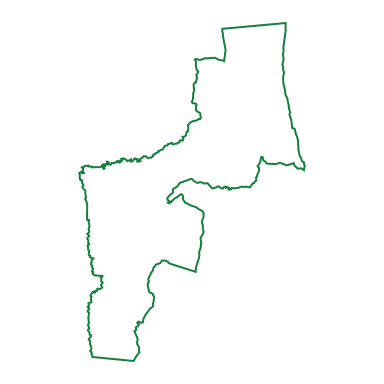 the district of Kitui Central, Eastern, Kenya
{"feature_id": "3690345B15839480546324", "entity_name": "Kitui Central", "entity_type": "district", "adm_level": 2, "iso_a3": "KEN", "parent_name": "Kenya", "parent_adm1": "Eastern", "projection": "mercator", "projection_center": [38.003, -1.387], "detail": "fine", "context": "isolated", "style": "outline", "palette": "green", "viewbox_px": 384, "rotation_deg": 0, "n_neighbors": 0, "source": "geoboundaries", "source_scale": "gbopen_adm2", "svg_char_len": 5942}
<svg xmlns="http://www.w3.org/2000/svg" viewBox="0 0 384 384"><path d="M203.5,231.1L202.8,229.1L202.9,225.3L201.9,222.8L202.2,220.4L203.5,217.3L203.6,213.8L203.3,212.2L202.4,211.1L198.5,209.0L196.1,207.2L191.0,205.5L185.2,202.6L183.0,199.4L182.9,195.7L182.2,194.8L180.9,194.1L177.8,196.7L174.4,198.6L170.5,202.6L169.2,203.3L168.5,203.3L167.9,202.7L169.2,202.1L169.6,201.3L167.5,199.8L167.3,198.1L170.0,194.9L172.7,193.0L173.0,192.2L172.9,189.7L173.3,188.9L176.9,186.8L178.4,185.3L179.6,183.0L191.1,178.8L192.4,179.4L194.4,181.4L197.1,182.8L197.9,182.9L200.3,182.1L202.1,182.5L203.7,183.5L207.1,183.2L207.8,183.5L212.1,188.3L213.2,188.3L216.1,187.4L218.4,186.2L221.4,188.3L222.8,188.6L224.4,186.7L225.0,186.7L225.7,187.8L226.8,187.0L226.8,187.7L227.5,187.9L229.3,187.7L229.5,188.5L229.0,189.6L231.1,189.3L231.8,188.0L234.3,188.4L237.6,188.0L242.0,186.6L243.2,186.9L247.9,186.8L249.8,187.5L251.3,185.7L251.5,184.8L253.0,183.3L254.0,183.1L254.6,181.8L256.1,180.7L256.4,180.0L255.9,177.7L256.7,177.0L257.4,174.6L259.0,170.8L259.0,167.7L257.7,166.4L257.8,165.7L258.8,164.7L260.1,162.2L261.2,157.2L262.1,157.0L262.7,157.2L263.3,160.2L265.5,161.8L266.4,163.4L269.0,163.8L275.4,164.0L276.7,163.9L279.5,162.8L284.1,164.1L285.6,165.2L286.3,165.3L290.9,164.2L293.6,163.1L294.5,165.6L297.7,168.6L301.1,168.4L303.9,170.0L303.9,168.7L304.5,167.4L304.7,165.2L303.8,163.8L304.0,162.5L301.8,160.9L301.2,158.1L300.3,157.1L299.7,155.6L298.5,150.1L297.9,139.8L296.9,136.2L295.9,134.2L294.9,129.4L294.5,128.7L292.3,128.2L291.2,119.6L289.4,114.5L290.1,112.4L288.8,107.9L288.8,105.5L287.6,100.8L287.4,98.4L285.5,94.7L284.7,88.6L283.3,83.2L283.1,77.8L284.0,72.4L283.0,69.2L283.3,67.9L282.4,64.7L283.6,59.3L282.9,54.0L283.5,51.8L283.4,47.4L285.6,31.1L285.6,23.0L222.4,28.8L222.3,31.2L223.0,34.0L222.8,35.5L225.6,50.1L224.1,61.1L222.2,60.4L219.3,60.0L214.7,57.7L212.5,58.1L209.5,58.0L208.1,58.5L204.8,58.2L202.8,59.2L200.2,59.8L199.0,59.8L195.8,58.9L194.9,59.6L196.0,62.0L195.8,65.7L196.8,70.0L198.3,71.7L198.0,72.7L196.3,74.8L197.1,78.0L196.1,81.1L196.0,82.4L194.8,82.6L193.7,84.2L193.7,87.3L194.1,89.4L193.8,92.0L193.0,93.6L193.3,94.8L192.9,98.2L193.1,98.7L191.8,102.0L192.6,103.1L195.9,103.7L196.5,104.7L196.0,105.9L195.9,109.8L196.8,111.2L200.2,113.2L200.8,118.0L200.0,119.0L198.5,119.1L196.8,120.4L193.0,121.1L189.3,123.2L189.2,123.9L187.9,125.3L188.4,128.1L187.7,131.6L186.9,131.7L186.3,132.8L186.1,134.9L185.3,136.0L184.0,136.7L182.6,136.8L183.3,138.8L183.2,139.7L182.5,140.7L180.8,140.3L179.9,140.4L179.4,141.0L179.5,142.3L178.0,142.8L177.0,143.7L175.5,143.7L173.2,144.4L172.5,144.2L172.0,143.7L172.0,143.0L171.4,142.9L168.8,144.1L168.2,143.9L167.6,145.1L167.0,145.5L165.0,145.8L162.5,149.7L161.1,149.8L159.4,150.8L158.7,150.7L158.4,151.2L158.6,151.8L158.2,152.3L157.3,152.4L156.7,152.9L154.9,153.6L154.8,154.4L153.0,154.9L152.6,155.5L152.8,156.4L151.2,157.7L149.1,157.7L148.4,158.2L147.2,157.5L146.2,156.5L144.0,156.1L143.5,157.1L142.1,157.5L141.3,158.6L139.8,159.2L139.2,160.6L140.1,161.1L139.4,161.5L137.1,161.5L137.4,159.1L136.1,158.9L135.1,159.2L134.8,158.5L132.4,161.3L131.7,161.6L131.0,161.6L130.4,160.9L131.2,160.0L131.1,159.3L128.9,160.6L127.1,161.1L126.7,160.1L123.5,158.3L121.3,158.9L122.4,160.0L122.2,160.5L121.6,160.9L119.6,160.8L119.4,161.5L120.1,162.2L119.4,162.6L118.4,161.2L117.3,161.1L117.4,162.0L116.6,162.4L115.1,162.3L114.1,163.3L111.7,162.8L110.6,164.8L107.9,164.3L107.7,163.7L108.8,162.7L108.4,162.1L107.0,161.7L106.6,163.9L106.0,164.3L104.3,164.3L105.6,165.7L105.1,166.2L103.8,166.5L104.5,168.6L103.6,168.9L102.4,166.7L102.8,165.2L102.1,165.1L101.6,166.5L100.1,167.1L94.5,167.1L93.3,167.4L92.4,167.3L91.9,166.5L90.8,166.9L88.6,165.8L88.3,166.4L86.9,165.7L85.4,165.7L84.5,166.6L82.5,166.9L81.9,167.4L83.2,168.5L82.7,171.5L84.0,172.8L83.6,173.3L81.6,172.9L81.1,171.9L79.3,173.0L79.3,173.8L80.0,175.5L79.6,177.0L79.9,177.8L80.0,179.5L80.4,180.1L81.9,180.2L81.9,182.4L83.5,185.4L82.4,186.4L82.4,187.0L83.4,188.9L85.2,190.4L85.4,191.4L85.3,193.3L85.9,197.5L85.1,198.8L85.7,199.4L85.8,200.6L86.7,201.8L87.2,206.3L87.0,218.8L87.5,220.1L88.8,219.8L89.0,220.3L88.7,221.8L89.5,226.4L88.6,228.8L89.3,231.7L88.9,232.6L87.3,233.8L89.3,236.0L87.6,237.7L87.3,238.9L88.3,240.3L88.2,242.7L89.2,244.0L89.0,244.7L88.1,244.8L87.7,245.6L88.4,250.3L89.2,250.8L89.3,251.8L88.7,254.3L89.0,255.3L90.3,255.8L90.0,257.1L90.5,257.5L93.3,258.4L91.4,260.5L91.8,262.2L90.8,263.8L91.5,265.4L92.1,265.6L92.0,267.4L93.2,268.7L92.2,270.6L92.1,271.6L93.1,271.9L93.2,272.5L92.7,273.1L92.7,274.0L94.5,275.3L102.3,276.0L102.5,276.6L100.7,277.9L101.4,279.2L101.2,281.3L102.4,282.1L102.6,282.8L101.0,284.9L102.2,287.5L99.9,289.1L97.5,288.6L97.2,289.0L97.3,290.3L96.8,291.0L95.4,290.8L95.0,292.4L94.5,292.7L94.0,291.6L93.3,291.5L92.7,292.0L90.5,295.6L90.6,296.1L91.5,296.9L90.8,298.9L91.4,300.5L91.4,302.0L90.9,302.6L89.5,302.7L88.4,303.2L89.1,305.6L87.8,306.6L87.7,307.2L89.3,308.3L88.9,309.5L87.7,310.7L87.7,311.7L88.9,312.4L89.0,313.1L88.3,318.3L88.7,320.0L88.7,323.9L88.0,325.1L89.3,328.0L89.1,328.7L88.0,329.6L88.0,330.5L89.5,332.5L89.6,334.6L91.1,335.2L91.1,336.0L88.7,339.4L89.9,340.7L90.0,344.0L91.4,347.7L91.3,349.2L90.2,350.6L90.3,351.3L91.8,352.3L91.4,354.2L92.3,355.4L92.4,357.0L133.6,361.0L136.4,356.1L139.4,352.3L139.0,350.4L139.0,347.0L137.3,344.4L137.0,342.4L137.7,339.8L137.2,337.6L134.4,331.3L135.8,330.4L136.2,329.5L135.8,327.3L137.9,326.1L139.0,324.5L138.3,323.5L137.7,323.5L137.4,323.0L137.6,322.2L138.2,321.7L138.9,321.7L140.8,322.7L142.8,322.5L143.5,318.7L145.7,314.5L150.3,308.3L152.9,306.6L153.2,304.6L152.9,303.2L153.6,302.0L154.0,296.6L153.2,295.4L153.0,294.0L149.3,292.2L147.6,285.1L148.0,283.0L149.0,281.7L148.2,279.5L149.0,277.1L150.4,274.9L150.8,273.3L152.7,270.8L153.5,267.6L154.7,266.6L155.9,264.6L160.1,263.2L162.1,260.6L164.3,260.5L167.8,261.6L168.6,262.9L171.9,264.3L195.7,271.8L195.9,267.6L199.0,257.9L199.4,255.0L199.1,252.2L200.7,247.5L201.2,241.8L200.5,238.2L203.4,232.9L203.5,231.1Z" fill="none" stroke="#15803d" stroke-width="2"/></svg>